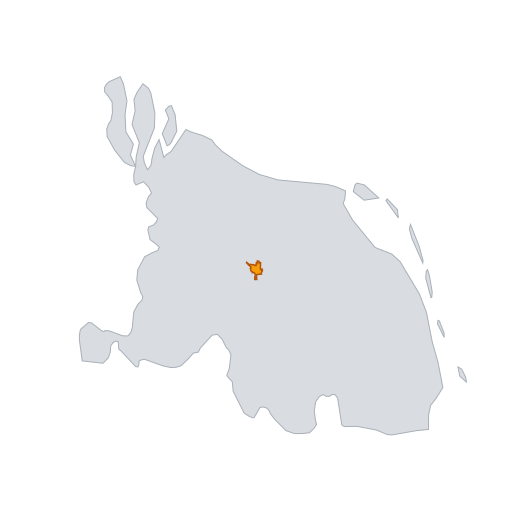 Amersfoort, Utrecht, Netherlands shown in context, rotated 81°
{"feature_id": "6326949B34184194665398", "entity_name": "Amersfoort", "entity_type": "district", "adm_level": 2, "iso_a3": "NLD", "parent_name": "Netherlands", "parent_adm1": "Utrecht", "projection": "robinson", "projection_center": [5.382, 52.164], "detail": "fine", "context": "in_parent", "style": "filled", "palette": "amber", "viewbox_px": 512, "rotation_deg": 81, "n_neighbors": 0, "source": "geoboundaries", "source_scale": "gbopen_adm2", "svg_char_len": 5552}
<svg xmlns="http://www.w3.org/2000/svg" viewBox="0 0 512 512"><g transform="rotate(81 256 256)"><path d="M332.4,444.1L321.9,443.8L311.9,443.6L306.7,442.9L301.1,440.9L298.6,436.9L295.5,431.9L296.3,428.9L305.6,420.3L306.9,418.0L306.0,416.7L306.9,412.9L314.0,400.1L314.9,395.0L311.7,391.4L307.1,389.3L292.2,385.5L285.1,380.1L281.8,375.5L278.5,374.2L273.6,375.7L261.2,377.5L251.2,375.0L239.3,366.1L236.6,358.2L235.2,352.2L232.2,350.1L228.2,353.2L223.2,358.1L213.2,358.7L210.4,357.5L209.9,354.8L209.3,352.2L206.6,349.0L203.7,347.2L191.0,356.3L186.3,356.2L180.4,352.8L177.5,349.3L171.0,351.3L165.1,355.5L167.1,363.4L163.9,364.9L156.8,364.1L148.7,360.9L139.6,358.9L125.9,353.5L106.7,357.9L93.5,352.6L82.4,352.1L75.6,347.8L68.2,340.7L73.5,336.0L78.6,334.4L98.9,333.5L113.6,336.3L139.9,351.8L146.6,351.7L153.7,349.7L150.1,345.5L143.5,343.5L133.7,339.3L125.9,333.5L144.3,331.6L141.8,328.6L139.4,323.4L120.1,305.4L123.5,300.5L128.5,290.1L134.6,281.4L139.5,279.0L147.5,272.9L164.9,254.8L175.9,240.1L184.2,222.7L196.4,174.6L199.9,166.5L205.7,157.4L212.9,159.1L217.9,161.7L235.7,154.9L266.2,137.1L275.2,121.7L284.0,114.6L318.9,100.6L338.1,96.5L367.9,95.4L389.3,92.9L415.1,92.0L425.0,100.6L430.8,106.9L440.0,110.4L454.3,112.8L453.6,125.2L454.0,149.8L452.9,154.2L446.6,164.5L440.0,183.1L438.3,195.4L436.3,197.7L409.1,197.6L405.2,199.7L404.7,202.4L406.1,205.5L405.5,208.7L403.4,211.2L404.6,215.3L409.3,219.9L418.0,222.7L427.2,223.0L431.9,222.5L435.4,225.8L438.9,230.8L438.7,237.2L437.4,245.8L433.2,253.7L420.6,262.8L415.0,266.0L409.7,267.7L407.2,270.1L406.1,273.2L406.4,275.9L415.4,283.2L415.2,284.9L412.6,288.7L409.2,292.3L386.1,299.7L376.5,299.1L371.0,302.8L369.3,303.5L363.3,300.1L349.7,296.2L344.6,297.6L341.8,299.7L333.3,302.3L327.3,306.4L327.3,311.7L338.1,325.3L341.9,328.0L342.1,333.1L347.4,339.5L352.8,347.5L353.4,352.6L352.8,357.7L350.0,365.0L340.7,382.1L340.6,385.4L341.4,387.9L344.7,388.6L347.1,389.9L346.4,392.2L328.9,404.0L326.6,406.1L319.2,405.5L318.1,407.5L319.1,410.7L322.0,413.5L328.3,415.0L333.7,418.0L338.0,423.9L332.4,444.1ZM148.7,360.9L147.1,365.8L143.0,371.3L129.2,379.1L114.8,384.3L107.4,383.6L102.3,380.9L99.6,378.1L92.0,375.4L81.5,374.0L74.9,377.0L70.2,379.8L66.1,379.3L63.0,377.0L60.7,373.4L57.7,362.0L65.6,360.0L82.6,359.2L95.7,363.2L113.0,365.1L126.3,359.6L136.7,364.3L148.7,360.9ZM120.3,314.7L130.3,321.8L132.5,324.1L133.2,326.6L120.4,329.4L106.8,320.6L97.7,322.7L94.4,318.6L94.3,316.0L103.7,313.8L120.3,314.7ZM217.8,140.5L207.6,149.8L201.5,147.2L199.7,145.0L202.8,137.8L217.9,125.7L217.8,140.5ZM262.9,99.3L253.3,100.3L249.0,98.5L272.0,93.3L286.5,91.7L289.1,92.4L262.9,99.3ZM324.5,89.7L304.4,91.8L297.6,90.2L296.4,88.7L301.9,87.8L319.1,87.6L324.4,88.9L324.5,89.7ZM240.7,109.4L221.7,119.0L220.1,117.5L232.3,109.1L240.7,109.4ZM406.7,73.5L397.2,73.9L399.9,70.5L408.6,67.9L413.4,67.9L406.7,73.5ZM365.8,82.9L351.5,87.3L348.0,86.4L348.8,85.1L361.4,82.3L365.8,82.9Z" fill="#d9dde1" stroke="#a8b0b8" stroke-width="1"/><path d="M278.7,258.9L278.3,258.9L276.5,258.7L276.5,258.8L276.5,258.7L276.1,258.7L275.6,258.7L275.4,258.6L275.2,258.6L274.9,258.5L274.8,258.4L274.6,258.2L274.5,257.9L274.6,257.7L274.6,257.2L274.5,256.5L274.4,256.5L274.4,256.4L274.5,256.3L274.5,256.1L274.6,255.9L274.6,255.7L274.6,255.2L274.6,254.8L274.6,254.7L274.5,254.4L274.5,254.2L274.7,253.9L274.7,253.7L274.5,253.8L274.3,253.7L274.2,253.7L273.9,253.5L273.7,253.5L273.6,253.4L273.2,253.1L272.9,252.9L272.7,252.8L272.6,252.7L272.2,252.5L271.5,252.0L271.4,252.2L271.3,252.4L271.2,252.7L270.9,252.4L270.5,252.2L270.0,251.9L269.7,253.7L269.4,253.7L269.2,253.6L268.9,253.5L268.5,253.5L268.2,253.5L267.7,253.4L267.3,253.3L267.1,253.3L266.9,253.2L266.3,253.1L266.2,253.1L265.6,253.0L264.6,252.8L263.3,252.5L263.2,252.7L263.2,252.8L263.0,253.1L263.0,253.3L263.1,253.5L263.3,254.0L262.7,254.0L262.2,254.0L261.9,254.0L261.6,254.0L261.4,254.4L261.4,254.5L261.3,254.8L261.2,255.0L261.2,255.3L261.2,255.5L261.3,255.5L261.6,255.5L261.9,255.6L262.0,255.6L262.3,255.7L262.4,255.8L262.6,255.9L262.6,256.0L262.7,256.3L262.8,256.3L262.7,256.4L262.6,256.5L262.7,256.8L262.8,256.8L263.0,256.8L263.3,256.7L263.5,256.7L263.8,256.6L264.0,256.7L264.0,256.8L264.2,257.0L264.3,257.1L264.3,257.3L264.6,257.4L264.8,257.5L265.0,257.5L265.3,257.6L265.2,257.7L265.3,257.8L265.2,257.9L265.2,258.0L265.1,258.3L264.8,259.0L264.7,259.3L264.6,259.6L264.2,259.7L264.1,259.8L264.0,260.6L263.9,261.5L263.6,262.1L263.4,262.6L263.3,262.8L263.6,263.4L263.4,264.0L262.8,264.5L262.1,265.1L261.4,265.7L260.8,266.2L261.3,266.4L262.0,265.8L262.7,265.3L263.1,265.1L263.7,264.8L264.0,264.6L264.2,264.3L264.7,263.9L265.1,263.5L265.6,263.0L265.7,262.9L265.9,262.7L266.4,262.9L266.9,263.1L267.0,263.2L267.1,263.3L267.4,263.4L267.5,263.3L267.8,263.4L267.8,263.5L268.3,263.4L268.6,263.4L268.8,263.4L269.0,263.3L269.5,263.2L270.2,263.1L270.3,263.1L270.3,262.9L270.5,262.8L270.7,262.7L270.8,262.6L270.9,262.4L271.3,262.0L271.5,262.2L271.4,262.2L271.3,261.9L271.5,261.7L271.9,261.3L272.0,261.1L272.1,260.9L272.2,260.6L272.3,260.4L272.5,260.3L272.7,260.1L272.8,260.1L273.0,259.9L273.3,259.9L273.6,259.8L273.8,259.8L274.1,259.7L274.3,259.6L274.5,259.5L274.8,259.5L275.0,259.5L275.3,259.7L275.4,259.8L275.5,259.9L275.7,260.0L275.9,260.1L276.0,260.2L276.1,260.3L276.5,260.5L277.3,260.6L277.7,260.6L277.8,260.6L278.2,260.7L278.4,260.7L278.6,260.8L278.9,260.9L279.0,260.8L279.0,260.6L279.1,260.4L279.2,260.2L279.2,259.9L278.9,259.9L278.9,259.7L278.7,259.5L278.5,259.4L278.3,259.4L278.0,259.4L277.9,259.3L278.0,259.3L278.0,259.2L278.3,259.1L278.5,259.1L278.7,258.9L278.7,258.9Z" fill="#f59e0b" stroke="#b45309" stroke-width="1.5"/></g></svg>